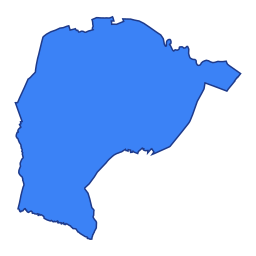 the district of Volovat, Suceava, Romania
{"feature_id": "2599482B46518062249673", "entity_name": "Volovat", "entity_type": "district", "adm_level": 2, "iso_a3": "ROU", "parent_name": "Romania", "parent_adm1": "Suceava", "projection": "albers", "projection_center": [25.892, 47.801], "detail": "fine", "context": "isolated", "style": "filled", "palette": "blue", "viewbox_px": 256, "rotation_deg": 0, "n_neighbors": 0, "source": "geoboundaries", "source_scale": "gbopen_adm2", "svg_char_len": 5559}
<svg xmlns="http://www.w3.org/2000/svg" viewBox="0 0 256 256"><path d="M91.8,239.1L92.0,237.7L92.1,237.1L92.3,236.7L92.6,235.7L92.7,234.8L93.0,234.6L93.9,232.7L94.2,232.3L94.5,231.2L95.7,229.1L96.0,228.5L96.3,227.9L96.5,222.9L96.4,222.1L95.6,220.7L94.9,220.0L94.4,219.3L93.9,218.6L93.2,217.3L93.1,216.9L93.4,215.8L93.7,215.2L93.7,213.6L93.8,213.1L93.7,211.9L93.8,211.6L94.0,210.2L92.9,208.8L91.8,207.6L89.7,198.8L88.0,193.2L84.8,188.9L84.8,187.9L89.2,183.8L94.3,176.9L97.3,172.1L105.1,163.9L105.8,163.2L107.6,160.9L109.0,159.4L112.4,156.3L114.2,154.9L116.8,153.5L118.1,153.1L120.0,152.3L121.6,151.8L125.4,149.3L126.0,150.6L126.7,150.6L127.4,150.8L128.0,151.1L128.2,149.6L128.8,149.7L129.3,149.9L130.5,150.1L130.4,151.3L130.9,151.4L130.7,152.4L131.6,152.3L132.1,152.3L132.5,152.0L133.0,151.2L133.5,151.8L134.3,152.2L137.7,153.5L138.4,151.5L140.6,149.6L142.2,148.1L143.7,148.8L143.1,149.4L143.6,150.0L144.7,150.5L145.3,150.7L147.9,150.5L147.7,152.9L150.9,149.2L151.2,149.3L151.8,148.8L153.9,152.0L152.2,154.4L154.9,153.3L169.4,146.8L170.1,146.3L181.3,132.5L188.5,123.4L189.6,121.7L190.2,120.5L192.6,114.6L197.3,101.3L201.8,93.1L203.9,89.1L204.1,88.4L205.0,82.9L218.0,87.7L226.9,91.1L228.4,88.9L234.8,81.1L234.6,80.9L237.3,77.3L237.6,77.5L240.6,73.6L231.5,67.2L229.2,65.6L227.5,64.2L226.8,62.9L226.2,61.2L222.8,61.6L219.9,61.6L217.9,61.4L215.0,62.3L212.8,62.6L210.3,61.8L208.6,60.8L206.3,60.3L204.7,60.8L202.9,61.6L201.4,62.9L200.6,64.4L199.7,65.2L198.5,65.4L197.5,65.1L196.7,63.9L196.2,62.5L196.2,61.2L196.0,60.4L194.9,59.5L193.0,59.4L191.9,59.0L190.4,58.2L189.7,57.2L189.1,55.4L188.6,53.4L188.8,49.2L188.1,47.5L187.6,46.5L186.8,46.5L186.2,47.0L185.8,47.6L184.7,48.0L183.6,48.0L183.1,47.4L182.1,46.8L180.4,46.9L179.5,47.1L179.3,47.6L179.3,48.4L179.1,49.0L178.6,49.5L177.3,50.2L175.2,49.8L174.4,50.3L173.8,51.0L173.3,50.8L172.7,50.2L172.1,49.1L170.6,45.9L170.2,45.3L169.5,44.6L169.7,44.1L170.7,43.7L171.0,42.9L171.0,41.4L170.5,40.0L170.0,39.5L168.9,39.5L167.7,40.1L166.7,41.3L166.4,43.1L166.4,45.8L165.8,46.2L165.3,46.0L164.3,44.1L163.3,38.8L162.3,37.2L160.7,34.9L156.9,32.4L149.5,27.2L143.9,23.4L139.1,21.0L134.5,20.1L130.6,19.1L122.8,18.9L123.7,21.4L116.6,24.3L113.9,24.2L111.7,24.3L111.7,23.6L111.3,21.0L113.9,21.0L112.9,17.5L112.5,16.8L110.9,17.5L109.5,18.0L108.2,18.0L106.5,17.9L104.8,18.0L100.1,17.9L98.2,17.7L96.2,17.7L95.8,18.0L92.0,19.6L92.3,20.6L92.6,21.9L92.7,23.2L92.8,24.5L93.0,25.3L93.2,26.3L92.6,27.4L92.4,28.1L92.4,28.6L92.5,29.1L93.1,29.7L92.6,29.9L91.8,30.0L90.6,30.5L89.1,30.8L87.1,31.6L86.2,32.1L85.3,32.3L84.6,32.2L83.5,31.5L82.8,31.3L82.1,31.2L81.3,31.2L79.9,31.9L79.2,32.0L78.6,32.0L78.1,31.0L77.7,30.3L76.4,30.4L75.3,28.7L74.5,29.0L72.4,29.5L70.1,30.1L70.0,29.6L68.8,25.8L67.1,26.2L63.1,27.7L60.0,28.1L55.4,30.2L50.8,31.8L46.6,34.1L43.9,36.2L43.0,37.1L41.7,42.0L38.7,54.5L37.6,58.6L36.4,64.6L35.6,69.6L35.4,72.1L34.5,73.1L32.7,74.9L30.4,77.4L28.8,78.7L28.1,79.1L24.4,87.5L19.6,97.9L17.6,102.6L15.4,102.7L18.3,110.9L22.1,121.5L20.5,121.8L20.9,123.7L20.8,123.9L20.0,124.1L19.5,124.4L19.5,124.7L20.3,125.7L20.6,126.4L20.7,126.6L20.6,126.9L20.7,127.1L20.4,127.2L20.5,127.5L20.4,127.7L19.9,127.8L18.6,129.1L18.1,130.0L17.9,130.6L17.9,131.2L18.3,131.7L18.3,132.0L18.2,132.2L17.7,132.4L17.2,132.4L17.0,132.8L16.7,133.6L16.3,134.9L16.2,135.9L16.3,136.8L16.6,137.1L16.9,137.5L17.0,138.0L17.7,138.4L18.0,138.8L18.3,139.8L18.8,141.1L19.1,141.6L19.2,142.1L19.6,142.9L19.9,143.2L20.4,144.0L20.8,144.8L21.0,145.4L20.9,146.1L21.0,146.4L21.3,146.9L21.4,147.2L21.2,147.7L21.2,148.0L21.5,148.4L22.1,149.4L22.2,150.0L22.1,150.6L21.8,151.1L21.9,151.5L22.2,152.0L22.5,152.5L22.7,152.8L22.3,154.0L22.4,154.7L22.6,154.9L22.8,155.7L22.8,156.3L23.2,157.0L23.2,157.3L22.8,158.2L22.3,158.6L21.5,159.9L20.2,163.1L20.2,164.4L20.4,165.4L20.5,166.4L20.2,167.1L19.8,168.0L19.0,170.2L18.9,170.9L18.8,172.5L18.9,173.1L19.2,173.6L19.4,174.1L19.9,174.8L20.8,175.9L21.6,176.4L22.0,176.9L22.3,177.4L22.4,177.8L22.5,178.3L22.7,178.6L22.8,179.1L22.7,179.8L22.7,180.2L23.2,181.4L23.9,184.1L23.9,184.8L23.8,185.6L23.1,187.1L21.5,193.2L21.3,194.4L21.1,194.7L20.4,198.5L19.4,203.3L18.0,208.8L18.6,208.9L19.1,209.3L19.4,209.8L19.4,210.5L20.0,211.5L20.3,211.7L20.7,211.8L21.1,211.1L22.2,211.0L23.0,210.7L23.4,210.0L24.6,208.7L25.1,208.6L25.3,208.7L25.3,209.0L25.6,209.9L26.0,210.1L26.4,210.1L26.6,210.2L26.7,210.4L26.7,211.0L27.1,211.6L28.1,212.3L28.5,212.4L29.5,211.8L30.8,211.1L31.1,211.1L31.5,211.3L31.9,211.6L32.1,211.9L32.2,212.3L32.2,213.0L32.4,213.2L32.8,213.3L33.6,213.2L34.1,213.4L34.6,213.8L36.7,214.1L37.5,213.9L37.6,213.7L37.9,213.7L38.1,213.9L38.3,214.4L38.3,214.7L38.1,215.2L38.2,215.4L38.5,215.4L38.8,215.4L39.0,214.6L39.1,214.4L39.5,214.3L39.8,214.4L40.5,215.1L41.2,214.8L41.6,214.8L42.4,215.6L43.1,215.9L43.6,216.3L43.9,216.8L44.1,218.3L47.1,219.9L50.1,220.9L50.6,220.9L50.9,220.6L51.3,220.4L51.5,220.5L52.7,221.5L53.3,221.8L53.7,221.6L54.2,221.3L54.5,221.3L54.8,221.5L55.0,221.8L56.4,221.5L57.5,221.0L57.9,221.3L58.1,221.5L58.1,222.1L57.7,222.7L57.9,222.8L58.4,222.9L59.1,222.8L59.7,222.7L60.8,222.6L61.3,222.8L61.3,223.0L61.0,223.2L61.0,223.4L61.1,223.7L61.3,223.9L61.7,223.9L63.0,223.0L63.5,222.8L63.5,223.3L63.8,224.0L64.1,224.3L64.2,224.2L64.3,223.9L64.5,224.0L65.3,224.6L65.5,224.6L65.8,224.4L65.9,224.1L65.9,223.7L66.0,223.6L66.3,223.9L67.3,224.1L69.0,225.2L69.6,225.6L70.5,225.8L70.9,226.5L71.5,227.2L72.3,227.7L72.8,228.4L73.1,228.6L75.1,228.7L76.0,229.0L78.0,232.0L78.6,232.1L80.2,233.5L85.4,236.7L86.3,236.8L87.1,237.1L87.5,237.6L87.4,238.1L87.4,238.4L87.8,238.5L88.2,238.4L90.0,239.2L91.8,239.1Z" fill="#3b82f6" stroke="#1e3a8a" stroke-width="1.5"/></svg>